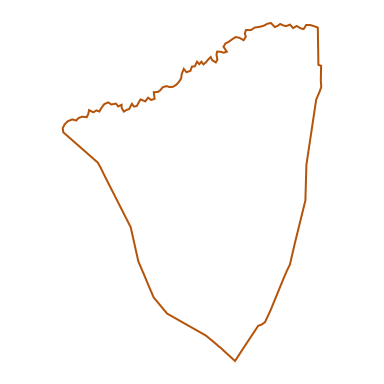 the district of Canarana, Bahia, Brazil
{"feature_id": "56859067B18053238109826", "entity_name": "Canarana", "entity_type": "district", "adm_level": 2, "iso_a3": "BRA", "parent_name": "Brazil", "parent_adm1": "Bahia", "projection": "robinson", "projection_center": [-41.717, -11.766], "detail": "fine", "context": "isolated", "style": "outline", "palette": "amber", "viewbox_px": 384, "rotation_deg": 0, "n_neighbors": 0, "source": "geoboundaries", "source_scale": "gbopen_adm2", "svg_char_len": 1637}
<svg xmlns="http://www.w3.org/2000/svg" viewBox="0 0 384 384"><path d="M290.0,24.6L286.2,26.1L283.1,25.4L280.2,24.0L277.9,25.7L274.9,27.1L270.9,23.0L267.2,23.8L263.9,25.7L260.2,26.7L254.7,27.6L250.8,30.1L246.0,30.0L244.8,33.4L245.8,36.7L243.6,40.2L239.2,37.7L235.6,37.1L232.4,39.1L228.6,41.9L225.5,43.4L223.5,46.8L226.8,51.7L223.7,52.7L220.4,51.7L217.1,51.7L216.5,54.8L217.4,59.5L215.8,62.4L212.3,60.3L210.7,57.0L208.3,59.4L206.1,62.1L203.5,64.4L201.4,61.7L199.3,64.2L197.0,61.7L194.9,66.3L191.9,66.6L190.4,70.9L186.4,72.2L183.8,68.9L181.8,73.8L181.1,78.5L179.1,81.6L176.6,84.5L173.3,86.7L169.6,87.1L166.4,86.1L162.7,87.3L160.2,90.4L157.7,92.0L153.8,92.2L154.6,98.8L151.2,100.0L148.1,97.7L145.3,101.4L140.5,99.4L138.9,102.1L136.8,106.0L134.0,106.6L131.9,103.8L129.2,109.0L126.5,110.0L123.8,111.6L121.7,108.0L121.6,104.8L118.2,106.4L115.9,103.6L111.3,104.5L108.2,102.4L104.3,104.1L101.2,108.2L99.4,111.5L96.5,110.4L93.3,112.3L89.1,110.1L88.2,114.2L86.7,117.2L82.1,116.7L78.7,117.9L76.2,120.5L72.2,119.4L67.7,121.3L64.7,124.3L62.7,128.2L63.3,132.3L97.9,162.7L100.8,168.0L104.5,175.6L130.7,227.2L138.3,261.2L140.0,265.3L141.4,268.6L144.1,274.8L149.0,286.6L153.7,297.5L162.7,308.3L167.1,313.6L205.8,335.5L214.7,342.8L218.4,346.1L220.8,347.9L223.3,350.3L235.0,361.0L244.8,346.0L258.2,325.8L261.5,324.6L264.9,322.3L270.4,310.6L284.1,277.2L287.0,270.5L289.9,264.6L295.1,242.2L305.4,200.4L306.4,164.9L310.6,136.9L311.7,129.6L316.2,99.6L319.9,90.9L321.3,86.7L320.8,80.9L321.1,65.8L318.4,64.8L317.8,27.6L314.2,26.2L310.2,25.0L306.2,25.0L303.6,29.1L300.8,28.4L296.6,26.0L293.1,28.1L290.0,24.6Z" fill="none" stroke="#b45309" stroke-width="2"/></svg>